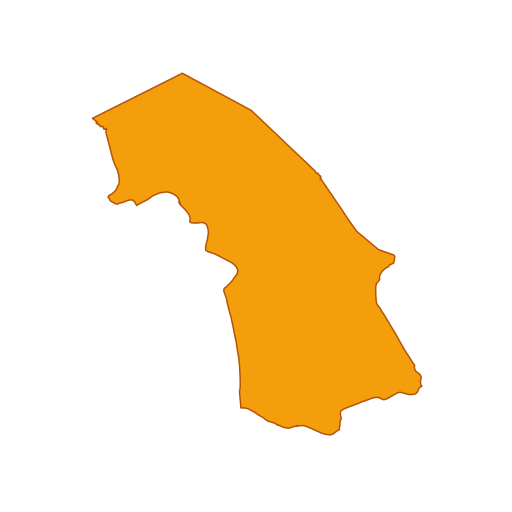 outline of Loroum, Loroum, Burkina Faso, rotated 14°
{"feature_id": "67063806B11896750408185", "entity_name": "Loroum", "entity_type": "district", "adm_level": 2, "iso_a3": "BFA", "parent_name": "Burkina Faso", "parent_adm1": "Loroum", "projection": "orthographic", "projection_center": [-2.146, 13.922], "detail": "fine", "context": "isolated", "style": "filled", "palette": "amber", "viewbox_px": 512, "rotation_deg": 14, "n_neighbors": 0, "source": "geoboundaries", "source_scale": "gbopen_adm2", "svg_char_len": 4233}
<svg xmlns="http://www.w3.org/2000/svg" viewBox="0 0 512 512"><g transform="rotate(14 256 256)"><path d="M63.6,162.3L64.2,162.1L67.5,163.5L68.5,164.2L68.7,165.0L69.3,164.3L69.4,164.7L69.3,166.0L70.2,166.4L71.3,166.2L72.1,166.5L72.1,167.1L72.9,167.3L73.3,167.6L73.5,168.0L74.3,168.0L75.2,167.3L76.1,167.5L76.4,167.9L76.5,168.4L77.4,168.9L77.4,169.5L77.8,169.7L79.0,169.4L79.6,168.5L80.0,168.7L80.6,169.2L80.1,169.7L80.4,172.2L93.9,197.1L97.5,202.2L100.5,205.8L103.3,210.8L105.4,216.7L105.6,219.0L104.6,222.8L104.8,223.5L104.5,224.8L103.4,227.3L101.2,230.6L99.7,231.9L99.0,232.4L98.6,233.1L98.3,233.8L98.4,234.6L98.3,234.9L98.6,235.1L99.4,235.5L100.6,237.0L101.6,237.8L102.7,238.2L105.5,238.8L106.3,239.3L109.2,239.1L110.5,237.9L114.1,236.1L116.9,233.9L119.2,232.5L121.5,231.7L123.0,231.7L124.6,232.4L126.4,234.2L127.9,235.8L131.4,232.5L134.4,229.9L137.3,227.3L139.7,224.6L141.0,222.8L144.6,220.0L147.6,217.9L151.1,216.4L154.2,215.4L157.0,215.3L159.9,215.6L163.0,216.6L164.7,217.2L166.8,219.1L168.2,221.1L169.4,222.8L168.4,222.8L169.7,224.2L173.0,226.2L176.2,228.3L178.7,230.1L181.1,232.2L182.1,233.7L182.9,235.2L183.3,236.9L183.3,237.8L183.4,238.4L183.7,239.0L184.3,239.3L185.1,239.4L186.2,239.3L189.1,238.7L191.7,238.0L194.1,237.0L195.4,236.6L196.6,236.4L197.6,236.5L198.9,236.9L200.0,237.2L200.9,238.1L202.5,240.7L203.5,242.9L203.9,244.2L204.3,245.9L204.8,251.4L204.8,256.2L205.0,259.3L205.2,260.8L205.4,261.5L205.7,262.1L205.9,262.6L206.6,262.8L207.9,263.4L213.5,263.7L218.2,264.5L226.3,266.5L234.2,268.4L237.0,269.7L238.7,270.7L239.7,271.7L240.3,272.2L240.8,272.7L241.3,273.6L241.8,274.6L242.0,275.6L242.0,277.0L241.6,278.8L240.6,281.3L240.4,281.7L239.1,285.3L236.6,290.2L235.0,292.4L234.2,293.8L233.1,294.9L232.9,296.0L233.0,297.2L234.3,299.5L237.6,304.4L239.7,309.1L241.6,312.4L242.8,314.8L244.2,317.3L246.3,320.8L250.7,329.9L254.4,337.7L257.8,344.6L261.3,353.3L263.6,358.2L266.6,366.5L270.4,379.1L272.4,387.1L272.8,391.6L274.5,396.6L276.1,401.1L278.0,406.9L280.0,406.7L281.5,406.3L282.8,406.1L284.3,406.1L286.8,406.4L290.1,407.4L293.1,408.1L296.4,409.6L301.2,410.8L304.7,412.3L306.9,413.2L308.2,413.4L309.9,413.4L311.8,413.5L315.6,413.8L316.1,414.3L317.6,414.8L318.2,414.8L318.4,414.6L320.3,415.0L324.0,415.5L327.2,415.5L330.4,414.8L333.6,412.5L334.2,412.3L335.2,411.8L336.6,411.4L336.6,410.6L337.2,410.7L338.5,410.7L339.7,410.1L341.5,409.4L343.7,409.1L346.8,409.2L353.6,410.4L361.9,411.9L366.2,412.2L371.0,411.7L373.6,410.2L375.5,407.9L377.2,405.8L379.0,404.3L378.6,403.7L378.3,402.8L378.6,400.5L377.9,398.0L377.7,396.4L377.9,394.8L378.0,393.6L377.9,392.7L377.4,391.6L376.7,390.6L376.0,388.7L375.7,387.2L375.8,386.3L376.1,385.6L376.7,384.7L377.6,383.7L380.0,381.9L383.2,379.6L389.6,375.2L393.8,372.0L399.4,368.4L403.0,365.9L406.2,364.4L408.5,363.7L409.8,363.6L410.9,364.0L412.3,364.3L413.9,364.6L415.0,364.4L417.0,363.4L419.9,360.7L422.9,357.8L426.0,354.8L428.4,353.5L430.8,353.2L434.5,353.4L438.4,353.4L440.4,352.8L442.5,352.0L444.2,351.0L445.2,349.6L445.6,348.3L445.8,347.0L446.1,345.8L446.1,345.0L446.3,344.2L447.5,343.0L448.4,342.1L448.2,341.8L447.9,341.6L447.4,341.3L446.9,340.8L446.6,340.0L446.4,339.2L445.9,337.8L445.7,337.1L445.7,336.7L445.8,336.3L445.9,335.8L445.9,335.3L445.6,334.6L445.5,333.9L445.4,333.0L444.7,332.5L443.7,331.3L442.4,330.6L440.5,329.8L439.0,329.2L438.0,328.4L437.8,327.9L436.9,326.4L436.6,325.7L436.4,324.7L436.5,323.8L433.3,321.1L429.2,317.1L422.0,310.3L417.2,305.2L410.2,297.7L402.5,290.0L399.5,287.0L397.5,285.0L394.2,281.7L391.2,279.0L388.8,276.5L387.0,275.2L385.0,273.4L383.8,271.5L383.1,269.4L381.5,264.3L380.3,259.8L379.8,257.4L379.5,255.4L379.7,253.8L380.2,252.1L380.9,251.0L381.5,249.7L381.7,248.9L381.0,247.2L380.9,246.3L380.8,245.3L380.9,244.3L381.3,242.6L382.0,240.7L382.5,239.7L383.4,238.2L384.8,236.4L386.4,234.9L387.2,234.3L387.3,234.0L387.4,233.1L387.5,232.6L388.0,232.2L391.2,229.7L391.2,227.2L391.0,224.2L390.8,222.9L389.7,221.8L373.2,220.1L347.9,207.8L336.5,198.1L326.9,189.2L323.1,185.9L315.4,179.0L300.1,165.3L299.8,165.8L299.5,164.9L299.9,164.4L299.7,163.4L299.2,162.9L298.2,162.4L297.9,162.4L296.5,161.5L296.5,161.1L296.0,160.8L295.3,160.8L294.4,161.1L292.8,159.3L237.9,128.2L216.2,115.9L140.3,96.5L63.6,162.3Z" fill="#f59e0b" stroke="#b45309" stroke-width="1.5"/></g></svg>